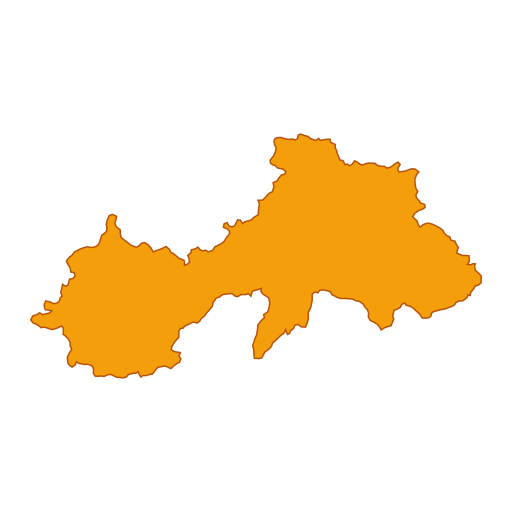 Tapiraí, São Paulo, Brazil
{"feature_id": "56859067B25724400047231", "entity_name": "Tapiraí", "entity_type": "district", "adm_level": 2, "iso_a3": "BRA", "parent_name": "Brazil", "parent_adm1": "São Paulo", "projection": "albers", "projection_center": [-47.631, -23.999], "detail": "fine", "context": "isolated", "style": "filled", "palette": "amber", "viewbox_px": 512, "rotation_deg": 0, "n_neighbors": 0, "source": "geoboundaries", "source_scale": "gbopen_adm2", "svg_char_len": 5696}
<svg xmlns="http://www.w3.org/2000/svg" viewBox="0 0 512 512"><path d="M454.9,241.1L450.8,240.1L449.7,236.8L446.6,235.6L444.3,233.1L442.9,230.4L439.6,227.8L435.8,225.8L432.4,224.2L428.6,223.1L426.0,223.5L423.3,224.6L420.1,227.1L418.3,224.8L417.0,220.8L414.4,218.5L412.7,216.6L415.1,213.0L418.6,210.6L422.8,209.1L425.1,207.4L424.6,204.4L420.4,202.9L419.0,200.5L416.8,198.3L415.8,195.3L417.8,191.5L416.0,188.6L415.2,184.8L414.8,179.6L416.4,175.0L418.8,171.9L415.0,169.0L411.9,168.8L408.5,169.8L405.6,171.0L402.5,171.5L399.5,172.1L397.8,170.1L398.3,167.4L400.2,164.5L398.0,162.1L395.1,163.7L392.4,166.0L390.0,167.4L386.7,168.1L384.4,166.3L381.4,166.3L377.5,165.5L374.8,163.2L371.4,163.2L368.5,163.1L365.5,163.7L362.3,165.1L359.9,164.0L357.3,162.2L354.6,160.8L352.2,164.2L349.8,165.8L347.5,164.2L345.0,164.6L343.0,160.6L339.8,159.9L338.4,156.2L337.2,153.2L336.5,150.3L335.2,147.7L335.3,144.5L330.5,142.3L330.1,139.2L325.6,139.4L320.3,140.4L318.6,138.4L316.0,140.4L313.5,139.7L310.0,138.3L308.2,136.5L304.4,135.5L300.3,134.1L298.1,135.2L297.5,138.7L295.2,140.0L292.6,139.0L289.8,139.4L286.7,139.1L280.4,137.4L276.7,137.8L274.5,139.3L274.0,141.9L274.7,145.1L276.2,147.6L275.4,151.9L273.6,156.0L271.7,158.2L270.1,160.3L270.5,163.2L272.7,164.8L275.0,165.5L278.0,168.1L282.7,169.0L285.7,171.4L284.9,174.2L281.6,174.8L278.9,178.0L276.8,181.2L273.1,182.6L273.9,186.9L272.4,191.7L269.7,193.0L267.8,194.5L265.4,197.4L262.6,200.1L258.0,200.3L259.4,203.7L258.9,206.7L258.5,210.1L258.1,214.9L254.4,217.0L251.1,220.0L248.5,220.8L244.9,221.7L242.6,223.6L240.3,220.1L237.6,219.9L234.7,225.8L232.0,226.9L228.8,225.9L227.2,222.6L224.1,223.8L223.4,227.3L227.0,228.7L229.3,230.8L229.6,233.8L226.5,237.5L224.3,241.2L221.2,243.7L217.6,245.5L214.8,246.9L212.4,250.6L207.9,251.8L205.8,250.2L202.7,250.9L200.0,249.6L198.0,247.2L195.1,248.9L191.2,249.9L191.1,252.5L187.7,255.4L188.9,258.2L189.5,262.3L187.3,264.2L184.5,265.2L184.4,260.7L181.4,259.1L178.7,258.2L176.0,255.7L173.2,253.5L170.6,252.2L169.6,249.7L166.2,246.5L163.4,247.8L160.3,249.3L157.2,250.3L153.2,251.9L151.0,247.9L147.7,244.5L144.8,242.6L141.6,243.2L138.5,246.3L136.2,247.3L133.0,245.9L130.6,245.0L128.5,243.2L126.6,241.8L123.7,239.6L121.2,237.6L120.4,234.4L120.2,229.8L116.2,226.7L114.9,223.2L115.9,219.9L116.6,216.3L112.3,214.4L109.2,215.6L107.2,220.3L106.3,224.2L106.9,227.8L106.5,231.2L104.6,233.3L102.0,234.9L100.6,238.6L99.8,241.7L98.4,244.5L96.3,246.2L93.5,247.3L90.1,247.4L87.5,246.8L84.2,247.5L79.5,249.3L74.2,252.2L71.8,255.5L69.2,257.3L66.4,261.1L68.1,264.6L70.1,267.8L70.8,272.0L74.1,272.7L75.1,276.1L72.9,278.5L69.5,279.2L68.8,281.9L67.9,285.3L65.4,286.2L62.6,284.2L61.7,288.6L60.8,292.7L62.1,296.0L60.1,298.2L59.2,301.5L56.3,303.3L53.1,303.6L50.2,301.9L45.7,301.0L44.2,304.3L44.4,307.5L45.5,309.8L49.4,310.2L51.7,310.9L49.3,313.1L45.7,313.8L42.8,314.6L39.5,312.8L36.7,314.7L32.8,315.9L30.7,319.9L33.3,323.1L36.8,324.4L41.2,327.7L44.0,327.0L47.2,328.0L52.2,329.6L56.4,328.4L61.7,326.0L63.2,328.2L63.4,331.0L63.1,334.3L65.3,335.9L68.3,338.9L70.1,342.5L70.2,345.7L71.7,349.5L69.6,352.5L67.3,357.3L68.0,363.3L69.9,365.7L72.1,367.1L75.2,364.9L76.5,361.9L79.0,363.4L84.9,364.5L87.2,364.2L90.7,365.2L92.8,366.9L93.6,369.7L93.3,372.9L95.0,376.1L97.6,376.3L101.3,376.0L104.0,376.5L107.6,374.8L110.7,374.4L113.6,375.8L117.3,377.4L119.8,377.4L123.1,377.9L126.6,376.8L128.4,374.5L133.2,373.3L136.1,373.2L138.1,371.6L139.0,374.0L140.8,377.0L143.2,375.5L146.3,375.6L149.6,374.4L152.2,374.1L154.1,372.1L156.0,369.2L158.2,367.2L161.4,366.7L165.0,365.9L170.9,368.6L174.1,365.6L176.5,363.8L179.4,362.3L180.9,358.9L178.9,355.8L180.4,352.6L177.1,352.1L174.7,351.7L171.2,349.8L171.7,347.1L173.2,344.1L175.2,341.1L178.8,337.4L178.8,333.4L178.9,330.5L180.7,328.5L183.2,328.1L184.8,326.0L187.1,325.1L189.9,323.6L193.2,322.1L197.3,323.0L199.6,321.2L201.7,318.1L204.2,316.4L206.5,313.1L209.3,309.9L212.3,306.5L213.2,302.3L216.3,298.1L219.3,297.1L222.5,294.6L229.6,293.6L232.5,293.9L234.9,296.0L237.6,296.7L241.0,294.6L245.2,294.6L248.3,293.6L250.8,296.1L252.4,291.2L257.4,289.7L261.4,288.4L260.9,291.2L262.6,293.7L264.9,295.4L268.6,297.6L269.8,302.8L268.8,309.0L267.4,312.2L263.6,314.6L264.5,317.6L261.7,320.2L259.4,322.9L257.7,325.3L257.7,328.5L257.1,331.7L256.8,334.4L254.7,339.2L253.9,342.1L252.7,345.6L253.8,350.3L254.0,355.0L254.4,358.2L259.0,358.6L261.7,357.9L263.2,355.3L264.9,352.0L268.8,349.3L271.3,346.5L272.7,342.9L275.2,340.9L277.9,338.2L280.3,335.9L284.1,333.0L285.6,329.8L287.5,334.5L289.6,333.4L290.5,330.8L293.6,328.5L294.7,325.4L298.0,324.4L301.3,326.9L305.5,327.1L306.7,324.5L308.1,319.7L308.3,315.5L308.1,312.5L309.9,309.4L310.9,307.0L311.4,304.1L312.2,300.4L312.2,293.9L314.9,292.0L317.9,292.8L319.6,290.3L323.2,289.9L327.2,290.7L330.5,291.9L332.1,294.9L335.2,296.2L338.1,297.8L342.2,298.6L345.1,298.4L348.3,298.8L352.7,299.0L355.6,300.7L359.5,301.4L363.2,304.1L365.6,307.9L367.5,309.8L368.6,313.0L368.3,316.9L370.3,320.5L373.3,321.9L377.3,324.2L379.3,326.6L381.1,329.9L384.8,327.6L388.2,326.5L391.0,325.7L392.5,322.1L393.8,318.9L392.6,316.5L393.1,314.0L394.0,310.5L396.7,309.3L400.3,307.4L401.9,304.3L404.8,303.1L406.2,305.3L410.3,306.3L413.5,308.3L416.3,311.1L419.5,313.9L422.2,318.0L425.4,318.1L428.6,317.8L430.8,316.4L431.5,313.1L433.8,311.6L438.2,310.4L441.8,309.5L445.7,308.8L449.0,307.3L451.3,306.7L454.4,305.0L456.2,302.3L459.3,300.9L462.8,300.8L465.3,299.0L467.3,297.3L467.9,294.8L470.2,295.5L470.8,292.3L473.8,288.6L475.2,286.0L478.4,285.1L481.0,283.0L481.1,279.0L481.3,275.9L478.2,272.8L475.2,270.1L474.6,266.6L475.3,263.8L472.7,263.8L470.5,264.9L467.3,264.3L469.3,261.6L469.0,255.8L465.6,255.5L462.3,255.5L459.0,254.0L456.7,253.1L457.4,250.0L458.4,247.6L456.4,244.6L454.9,241.1Z" fill="#f59e0b" stroke="#b45309" stroke-width="1.5"/></svg>